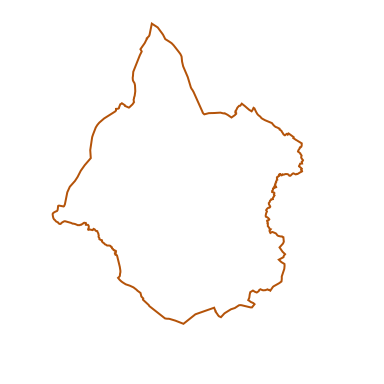 Wachirabarami, Phitsanulok, Thailand, rotated 122°
{"feature_id": "78962969B59938100637315", "entity_name": "Wachirabarami", "entity_type": "district", "adm_level": 2, "iso_a3": "THA", "parent_name": "Thailand", "parent_adm1": "Phitsanulok", "projection": "robinson", "projection_center": [100.102, 16.525], "detail": "fine", "context": "isolated", "style": "outline", "palette": "amber", "viewbox_px": 384, "rotation_deg": 122, "n_neighbors": 0, "source": "geoboundaries", "source_scale": "gbopen_adm2", "svg_char_len": 6022}
<svg xmlns="http://www.w3.org/2000/svg" viewBox="0 0 384 384"><g transform="rotate(122 192 192)"><path d="M94.5,123.6L92.6,124.7L92.7,131.6L92.6,134.6L91.9,134.6L91.6,134.8L91.2,140.6L91.2,141.1L92.6,141.2L92.3,142.3L92.5,142.5L94.6,143.2L94.8,143.5L94.6,145.1L94.3,145.4L93.2,147.9L92.7,148.6L92.6,150.9L91.9,151.3L92.2,154.1L92.5,155.6L92.4,156.9L91.9,158.9L91.2,160.7L92.4,168.0L92.6,171.2L92.5,172.4L91.9,174.1L91.7,176.3L91.3,177.8L90.1,180.1L88.0,183.4L88.0,184.4L90.7,184.1L92.0,184.2L92.0,187.1L91.1,192.9L90.7,196.6L93.3,196.8L93.9,197.7L96.4,198.2L98.8,197.9L100.5,198.0L100.9,197.0L101.8,197.2L102.3,196.0L104.1,196.4L107.9,198.0L107.7,202.8L107.9,205.6L107.9,205.9L108.2,206.0L109.0,207.9L109.6,209.9L113.3,215.1L116.2,219.5L119.6,222.7L119.5,223.5L119.1,224.9L118.4,225.7L106.4,243.6L105.2,245.8L104.7,247.1L103.9,248.4L96.8,256.5L90.1,266.1L86.7,269.5L82.8,272.5L82.1,273.4L81.1,275.1L80.2,277.4L77.3,285.4L76.6,288.2L76.5,291.3L76.5,295.7L73.9,300.0L70.6,308.3L70.5,315.3L80.9,311.4L82.1,311.1L82.8,311.1L85.6,311.8L85.8,311.3L86.6,311.4L90.8,311.0L98.2,311.4L99.3,309.4L99.5,309.1L103.7,308.7L121.2,305.5L124.8,303.6L126.6,302.8L128.5,301.4L129.2,300.4L130.2,298.4L131.7,296.9L136.6,293.5L140.8,291.6L142.5,291.2L143.6,290.7L144.5,290.5L146.0,289.4L146.5,288.8L149.2,288.9L153.7,290.1L153.9,290.3L154.5,294.5L154.0,294.9L153.9,298.5L154.8,298.8L155.6,299.3L158.5,298.8L159.5,298.4L159.8,298.4L160.6,298.9L161.8,300.5L163.2,299.6L164.6,299.9L176.2,305.5L182.4,307.4L185.3,307.8L188.3,307.8L195.6,306.4L198.2,305.8L199.4,305.3L210.4,300.5L216.9,295.8L226.1,297.2L232.9,297.6L239.8,297.0L244.7,297.1L252.3,298.4L258.3,297.6L269.7,293.3L271.7,293.0L272.3,293.2L273.8,297.1L274.2,297.8L274.6,298.1L275.3,297.9L277.8,296.7L278.7,296.4L279.5,296.4L279.8,296.5L280.7,297.2L281.5,297.7L283.1,298.5L284.2,298.6L285.0,298.2L286.5,296.9L287.7,295.6L288.3,294.5L288.4,293.5L289.0,291.7L288.8,289.3L289.2,288.7L289.3,288.2L289.2,287.4L289.0,286.9L288.6,286.5L287.1,286.2L285.5,285.4L284.5,284.8L284.0,284.0L282.3,278.2L282.1,276.5L281.6,275.6L281.1,274.1L280.6,271.1L280.0,270.4L279.6,269.6L278.8,269.2L278.4,268.5L277.9,268.3L277.4,268.2L276.6,267.7L275.9,267.6L275.4,267.3L275.1,267.0L275.0,266.4L274.5,265.7L274.8,265.3L275.5,264.9L276.0,264.8L276.1,264.7L276.0,264.4L275.5,264.1L275.4,263.4L275.0,262.8L275.2,262.2L275.7,261.4L277.1,260.6L278.6,260.4L278.9,260.2L279.0,259.9L278.8,259.5L278.0,258.9L277.0,256.1L276.6,255.9L275.7,256.0L275.4,255.9L275.3,254.7L275.7,253.7L275.9,253.1L275.4,251.6L276.0,250.9L276.8,249.5L277.5,248.9L278.3,248.0L279.4,247.6L279.8,247.1L280.2,246.1L281.1,245.5L281.0,244.0L280.6,242.9L280.8,242.6L281.4,242.4L281.7,242.2L282.1,240.5L282.1,239.1L282.5,238.4L282.5,238.1L282.3,237.0L282.4,235.6L281.3,233.9L280.9,232.6L281.4,231.8L281.3,230.7L282.2,229.9L282.2,228.8L282.8,227.8L282.8,227.4L282.4,226.9L282.6,226.3L282.3,225.5L282.4,225.1L282.8,225.0L283.2,225.4L283.5,225.3L283.7,225.1L283.7,224.5L284.0,224.3L284.4,224.4L284.9,224.9L285.3,224.6L285.4,223.9L285.8,223.5L285.4,222.8L285.5,222.1L285.7,221.8L293.7,213.6L296.6,211.1L297.8,210.3L299.7,209.6L300.6,209.1L301.6,208.7L302.1,208.7L304.0,209.2L304.8,206.9L305.3,204.4L305.4,202.4L305.4,199.3L304.4,195.1L303.9,191.1L304.3,187.1L304.6,186.1L304.9,182.2L307.5,179.5L308.1,176.9L308.3,176.8L309.1,176.7L309.3,176.5L310.8,168.7L311.2,168.1L311.4,167.5L313.5,147.9L312.9,146.4L311.9,144.7L311.5,143.8L309.9,137.9L308.3,129.4L293.9,124.3L278.4,111.9L279.9,109.9L280.5,108.7L281.0,108.7L281.9,106.3L282.7,104.6L283.1,103.4L282.8,101.1L277.9,100.2L276.7,99.7L270.8,96.8L267.7,94.2L263.1,92.1L262.2,90.9L261.7,89.8L258.8,81.1L258.1,80.0L254.0,79.5L253.7,81.1L254.1,83.9L253.9,85.9L253.9,87.0L251.3,87.4L248.2,88.8L246.1,89.5L243.3,88.1L243.3,85.8L242.9,83.8L240.8,82.9L239.4,83.0L238.2,82.4L238.1,81.3L237.7,79.6L236.4,77.8L234.5,76.3L234.6,75.4L234.4,74.8L234.1,74.6L234.2,73.3L229.7,73.1L228.9,72.9L223.2,69.8L220.5,68.7L218.3,69.7L216.1,71.1L208.3,73.0L205.5,74.4L204.1,75.4L204.0,75.5L204.1,78.5L204.0,79.7L203.4,82.5L198.8,79.9L198.5,80.1L197.1,80.3L195.4,80.1L194.7,83.5L192.6,88.4L187.5,87.5L185.5,87.8L182.1,90.4L181.9,90.6L182.2,91.2L182.2,91.5L182.0,92.2L182.6,93.0L183.5,95.5L183.5,96.7L182.7,98.6L182.8,100.0L183.3,102.6L183.8,103.1L185.2,103.8L185.0,104.2L183.9,105.7L181.9,105.5L182.2,106.8L181.4,107.6L180.8,109.6L179.4,110.4L178.6,111.4L178.1,111.2L176.7,113.1L176.1,113.0L175.5,112.1L174.2,112.0L173.8,113.1L173.6,114.2L173.6,115.3L173.8,116.3L173.5,116.6L172.8,117.1L170.6,117.9L168.8,118.1L168.1,119.5L167.1,119.5L165.9,119.3L164.7,118.8L164.2,118.0L163.2,117.8L162.8,118.0L161.6,120.3L160.7,121.0L159.4,120.8L158.2,121.2L157.3,121.0L156.7,120.7L156.2,120.9L155.4,119.8L155.2,119.6L154.5,120.2L153.1,120.3L152.5,120.1L151.9,120.4L151.2,120.2L150.7,121.2L149.6,121.4L149.2,121.6L149.0,122.6L149.5,123.5L149.6,124.0L148.7,124.6L147.0,124.5L146.1,125.2L145.8,125.1L145.3,124.7L144.3,125.0L144.2,124.8L144.6,124.4L144.6,124.1L143.8,124.0L143.6,123.5L143.3,123.2L143.1,123.4L143.2,123.8L142.8,124.2L143.0,124.7L142.9,125.0L142.3,124.9L142.1,125.4L141.8,125.5L141.1,125.4L140.5,125.9L140.2,125.8L139.3,125.7L139.0,125.9L138.6,126.3L137.9,126.2L136.9,126.5L136.4,126.2L135.1,127.5L134.3,127.7L134.1,127.7L133.4,127.1L132.6,127.1L132.2,126.7L131.6,127.3L131.1,127.4L130.1,127.0L129.9,126.6L130.0,126.2L130.5,125.5L130.4,124.8L129.7,124.4L129.0,124.4L128.9,123.8L128.7,123.4L127.4,122.4L126.4,120.9L126.1,119.5L126.6,118.1L126.3,117.4L125.6,117.0L124.1,116.7L122.6,116.1L122.4,115.7L122.2,114.0L122.1,113.4L121.9,113.1L121.2,112.8L120.9,112.1L117.7,110.5L116.7,109.8L116.1,109.6L115.8,109.9L115.6,110.9L115.4,111.3L115.1,111.4L114.5,111.0L114.1,111.1L113.8,112.3L113.5,114.9L113.3,115.0L111.6,115.1L110.7,115.3L109.5,113.7L108.8,114.3L108.3,114.9L106.8,114.6L106.2,114.7L105.7,116.2L105.0,117.6L104.3,118.0L103.1,118.3L102.8,118.8L102.3,120.2L101.9,120.5L101.6,122.1L101.6,123.4L101.5,123.6L100.1,123.9L98.3,123.8L97.2,124.1L96.7,124.0L96.7,123.6L95.6,123.3L94.5,123.6Z" fill="none" stroke="#b45309" stroke-width="2"/></g></svg>